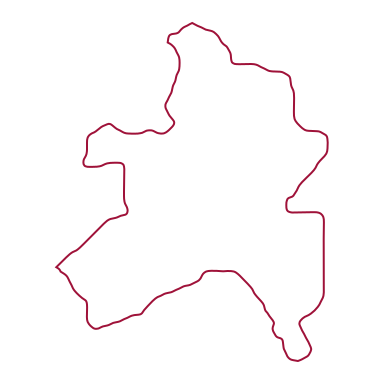 outline of Galvan, Bahoruco, Dominican Republic
{"feature_id": "3306468B84487207746542", "entity_name": "Galvan", "entity_type": "district", "adm_level": 2, "iso_a3": "DOM", "parent_name": "Dominican Republic", "parent_adm1": "Bahoruco", "projection": "albers", "projection_center": [-71.318, 18.475], "detail": "fine", "context": "isolated", "style": "outline", "palette": "rose", "viewbox_px": 384, "rotation_deg": 0, "n_neighbors": 0, "source": "geoboundaries", "source_scale": "gbopen_adm2", "svg_char_len": 5258}
<svg xmlns="http://www.w3.org/2000/svg" viewBox="0 0 384 384"><path d="M297.9,361.0L300.5,360.0L302.0,359.3L306.9,356.6L308.1,355.7L309.0,354.5L310.4,351.9L310.9,350.6L311.2,349.2L311.1,348.5L310.7,347.1L308.4,342.0L306.0,337.8L304.1,334.0L302.1,330.5L299.8,325.4L299.4,324.1L299.4,323.3L299.6,322.5L299.8,321.7L300.7,320.4L302.5,318.5L304.7,316.9L308.6,315.1L310.9,313.6L314.6,310.5L317.8,306.9L319.4,304.6L320.9,301.5L322.7,298.0L323.3,296.3L323.5,295.3L323.8,292.4L323.7,238.5L323.9,222.2L323.8,219.3L323.4,217.4L323.1,216.5L322.2,215.1L321.0,213.9L320.3,213.4L318.7,212.7L316.8,212.3L314.9,212.2L311.9,212.2L293.8,212.5L291.9,212.5L290.2,212.2L288.5,211.6L287.8,211.1L287.2,210.4L286.8,209.6L286.4,207.9L286.3,205.2L286.4,202.5L286.8,200.8L287.4,199.2L287.9,198.6L288.5,198.1L289.1,197.8L292.3,196.6L293.4,195.7L296.7,190.6L298.5,186.8L299.5,185.2L301.9,182.3L306.1,178.1L311.4,172.9L314.0,170.0L315.6,167.7L317.1,164.6L318.1,163.1L319.9,160.9L324.5,156.1L326.2,153.8L326.6,152.9L327.2,151.1L327.5,148.3L327.7,142.6L327.4,138.9L327.1,137.2L326.8,136.4L326.3,135.7L325.8,135.1L324.5,134.3L320.5,132.0L318.8,131.4L316.9,131.2L308.3,130.8L306.4,130.5L304.6,129.8L302.3,128.2L300.1,126.2L297.4,123.4L295.7,121.2L294.8,119.5L294.5,118.6L294.0,115.8L293.9,111.9L294.1,98.1L293.9,93.2L293.3,90.5L291.6,86.8L291.1,85.2L290.2,78.5L289.7,77.0L289.3,76.4L288.7,75.8L287.5,74.9L284.2,73.0L282.7,72.3L281.8,72.0L279.9,71.7L272.2,71.4L269.4,71.0L267.8,70.4L264.2,68.5L261.1,67.1L257.6,65.2L255.9,64.6L254.0,64.2L251.1,64.0L239.2,64.2L236.4,64.1L234.6,63.9L233.1,63.2L232.4,62.7L231.9,62.1L231.4,60.6L231.1,59.0L230.8,54.9L230.4,53.2L229.7,51.7L227.4,47.6L226.5,46.4L223.5,44.2L221.9,42.5L221.0,41.2L219.0,37.5L218.0,36.0L216.1,34.0L214.0,32.2L212.4,31.3L210.8,30.8L207.4,30.0L205.7,29.6L201.4,27.4L197.5,25.8L192.2,23.0L190.1,24.0L187.3,25.6L184.3,27.0L182.9,27.9L181.2,29.4L178.8,32.2L177.6,33.0L176.1,33.5L171.9,34.1L170.4,34.7L169.7,35.2L169.2,35.8L168.6,37.2L168.2,38.8L167.7,42.5L170.1,43.8L171.6,44.9L173.6,46.8L174.7,48.2L175.6,49.8L176.6,52.1L178.5,55.7L179.1,57.3L179.5,60.0L179.6,62.7L179.5,66.3L179.2,69.0L178.8,70.7L176.7,75.0L176.2,76.7L175.5,80.1L175.0,81.7L173.2,85.3L172.7,86.9L171.8,91.1L171.3,92.8L169.0,97.1L167.6,100.2L166.1,102.9L165.5,104.4L165.4,105.2L165.4,106.9L165.8,108.5L168.7,114.3L169.6,115.8L172.9,119.8L173.8,121.1L174.1,121.9L174.2,122.7L174.1,123.5L173.9,124.3L173.1,125.7L172.0,127.0L168.9,130.1L167.5,131.3L166.1,132.3L164.5,133.1L163.6,133.4L162.7,133.5L161.0,133.6L158.4,133.2L156.8,132.7L153.3,130.9L151.7,130.4L149.9,130.3L148.2,130.4L146.5,130.7L142.2,132.8L140.4,133.2L137.6,133.6L132.8,133.7L128.0,133.5L126.1,133.3L124.3,132.8L122.8,132.1L120.0,130.5L116.9,129.0L115.5,128.0L112.1,125.2L110.8,124.3L110.0,124.0L109.2,123.9L108.5,123.9L107.1,124.3L102.9,126.1L101.3,127.0L95.6,131.5L94.1,132.4L91.8,133.4L90.4,134.3L89.2,135.3L88.7,135.9L87.8,137.3L87.5,138.2L87.1,140.0L87.0,142.8L87.0,149.6L86.9,151.5L86.6,153.4L86.4,154.3L85.8,155.9L83.9,159.3L83.5,160.9L83.4,162.5L83.5,163.3L83.6,164.1L84.0,164.8L84.4,165.5L85.1,166.1L85.9,166.4L87.5,166.8L91.1,166.9L96.9,166.7L99.7,166.3L101.5,165.8L105.1,164.1L106.8,163.5L107.7,163.3L110.5,162.9L115.3,162.7L119.0,162.8L120.7,163.0L122.2,163.7L122.9,164.2L123.5,164.9L124.0,166.4L124.3,169.0L124.0,191.2L124.0,196.1L124.1,198.9L124.5,201.7L125.0,203.5L126.8,207.0L127.3,208.5L127.6,210.1L127.6,210.9L127.3,212.5L127.0,213.2L126.5,213.9L125.9,214.4L125.3,214.7L120.7,215.8L117.1,217.4L115.5,217.9L110.4,219.0L108.8,219.7L107.2,220.7L105.8,221.9L103.7,223.8L84.1,243.5L80.0,247.5L77.9,249.3L76.4,250.4L72.5,252.2L71.0,253.2L69.6,254.3L66.1,257.5L56.3,267.2L58.1,268.3L59.2,269.2L60.0,270.3L60.6,271.6L63.8,273.6L65.2,274.6L66.4,275.7L67.4,277.0L68.2,278.5L69.6,281.5L71.5,285.1L72.9,288.2L73.8,289.7L74.9,291.1L76.8,293.2L79.4,295.7L82.1,298.0L85.3,300.2L85.8,300.7L86.3,301.4L86.8,303.0L87.0,304.7L87.1,307.4L86.9,317.0L87.1,319.8L87.6,321.7L88.0,322.5L89.0,324.1L90.2,325.5L91.5,326.7L92.9,327.8L93.7,328.3L94.5,328.6L95.4,328.8L96.3,328.8L97.9,328.6L98.7,328.4L101.5,327.0L103.0,326.4L107.2,325.5L108.8,325.0L113.2,322.9L114.9,322.5L118.3,321.8L119.9,321.3L124.2,319.1L127.4,317.8L130.3,316.3L131.8,315.7L134.3,315.1L138.5,314.7L140.1,314.4L140.8,314.1L141.4,313.7L142.0,313.2L144.2,310.0L147.9,305.9L152.5,301.1L155.3,298.6L157.5,297.1L160.7,295.8L164.3,293.9L165.8,293.4L168.4,292.8L170.9,292.3L172.5,291.7L176.1,289.9L179.2,288.6L183.5,286.4L185.2,285.9L188.6,285.3L190.3,284.8L197.6,281.2L198.9,280.3L200.5,278.5L202.3,275.0L203.2,273.7L204.4,272.6L205.8,271.7L206.6,271.4L208.4,271.0L211.3,270.8L217.1,270.9L223.2,271.3L227.5,271.0L231.2,271.1L233.8,271.5L235.5,272.2L237.7,273.8L239.7,275.6L247.6,283.7L250.7,287.1L252.3,289.2L254.2,293.1L255.2,294.5L256.9,296.6L261.2,301.3L262.9,303.4L263.7,304.9L264.0,305.7L265.0,309.6L265.6,310.9L267.4,312.9L269.5,316.2L272.7,320.3L273.5,321.7L273.8,322.4L273.9,323.2L273.9,323.8L272.8,327.1L272.6,328.7L272.7,329.5L273.1,331.0L273.8,332.4L275.7,335.7L276.7,336.8L278.0,337.5L280.6,338.3L281.8,339.1L282.2,339.7L282.6,340.4L282.9,341.9L283.5,347.0L283.8,348.7L284.5,350.2L285.9,353.1L287.3,356.2L287.7,356.8L288.8,358.1L290.1,359.1L290.9,359.5L291.7,359.8L293.4,360.2L297.9,361.0Z" fill="none" stroke="#9f1239" stroke-width="2"/></svg>